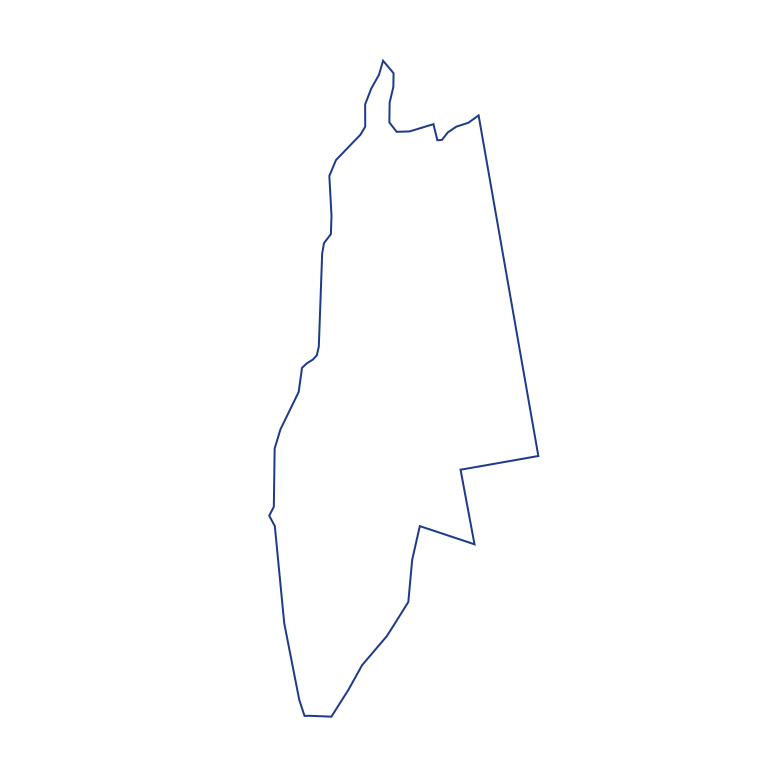 the border of Al Wakrah, rotated 170°
{"feature_id": "QAT-1101", "entity_name": "Al Wakrah", "entity_type": "Municipality", "adm_level": 1, "iso_a3": "QAT", "parent_name": "Qatar", "parent_adm1": "", "projection": "equal_earth", "projection_center": [51.437, 24.907], "detail": "fine", "context": "isolated", "style": "outline", "palette": "blue", "viewbox_px": 768, "rotation_deg": 170, "n_neighbors": 0, "source": "natural_earth", "source_scale": "10m", "svg_char_len": 808}
<svg xmlns="http://www.w3.org/2000/svg" viewBox="0 0 768 768"><g transform="rotate(170 384 384)"><path d="M519.9,70.9L522.3,87.6L523.8,165.7L516.2,263.0L519.9,274.2L513.8,282.3L502.9,339.4L493.8,357.4L469.4,391.0L461.9,414.2L456.3,417.8L449.8,420.4L445.2,423.9L441.7,432.2L423.3,518.2L422.3,523.0L418.6,533.2L410.3,540.8L406.5,558.7L401.7,598.4L392.4,612.9L363.8,633.7L357.8,640.7L354.0,662.7L345.1,677.4L335.3,689.3L328.8,702.5L320.6,688.4L323.2,675.0L329.6,660.1L333.3,640.7L327.8,630.2L315.1,628.3L290.2,631.3L289.1,614.8L284.6,614.3L277.5,620.7L268.0,624.9L255.6,626.6L244.2,632.1L244.5,286.3L323.5,286.3L322.7,210.4L373.4,237.8L386.8,205.9L397.9,165.1L414.4,146.8L425.0,135.2L437.0,125.3L454.4,110.9L472.0,89.2L493.6,65.5L515.0,70.2L519.9,70.9Z" fill="none" stroke="#1e3a8a" stroke-width="2"/></g></svg>